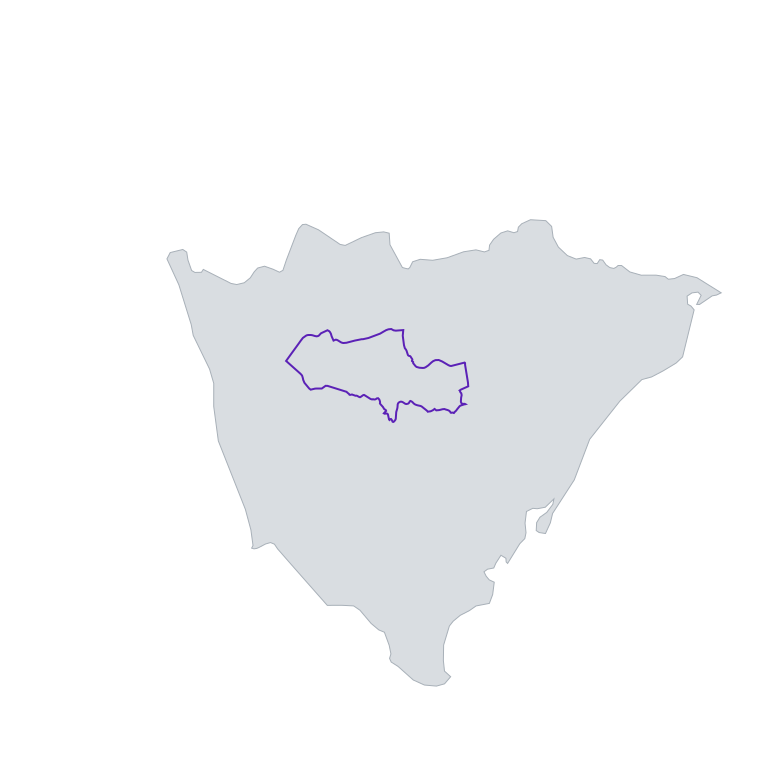 Matagalpa on a map of Nicaragua (Albers equal-area conic projection), rotated 29°
{"feature_id": "NIC-666", "entity_name": "Matagalpa", "entity_type": "Department", "adm_level": 1, "iso_a3": "NIC", "parent_name": "Nicaragua", "parent_adm1": "", "projection": "albers", "projection_center": [-85.323, 12.952], "detail": "fine", "context": "in_parent", "style": "outline", "palette": "violet", "viewbox_px": 768, "rotation_deg": 29, "n_neighbors": 0, "source": "natural_earth", "source_scale": "10m", "svg_char_len": 5315}
<svg xmlns="http://www.w3.org/2000/svg" viewBox="0 0 768 768"><g transform="rotate(29 384 384)"><path d="M634.7,140.8L631.7,145.0L628.3,147.8L621.4,161.5L618.9,162.8L618.4,152.7L614.1,151.4L609.2,155.0L606.5,160.2L610.9,167.0L614.7,167.0L619.3,168.8L632.0,215.5L629.4,223.9L621.9,237.0L614.6,248.1L607.4,255.1L598.6,284.6L590.7,332.6L596.9,375.6L594.2,415.5L596.8,424.8L597.7,436.5L591.7,438.7L588.2,438.4L584.7,431.2L585.0,424.9L588.6,417.4L590.0,407.4L588.3,402.1L584.8,413.6L578.5,418.8L574.4,420.6L570.4,426.4L574.8,437.3L580.3,445.2L582.1,450.9L580.2,457.8L579.1,481.0L577.1,480.4L575.1,477.3L569.3,477.1L568.7,486.5L569.2,491.7L564.3,495.8L562.5,499.8L566.6,502.6L571.0,504.3L576.5,503.9L581.1,515.4L582.5,524.8L572.1,533.5L568.6,540.7L562.8,549.4L559.5,557.9L558.5,564.0L562.7,583.4L570.0,597.1L576.1,605.8L584.2,607.7L582.3,616.9L576.3,622.8L565.3,627.7L553.1,628.7L533.2,624.2L525.1,623.7L521.9,621.3L520.9,616.7L515.2,610.0L504.7,600.9L498.7,601.6L488.9,599.7L472.6,593.5L465.0,592.8L454.2,598.1L441.7,605.1L411.3,594.3L390.0,586.7L370.9,579.8L365.8,577.2L361.6,577.7L358.0,581.3L353.8,587.7L352.4,589.5L350.2,591.2L347.8,591.7L347.7,588.7L338.3,576.1L323.5,560.8L266.7,514.1L245.9,486.1L234.8,466.0L224.2,455.5L193.6,434.0L186.6,425.5L156.5,396.7L133.5,379.8L133.3,372.7L142.8,363.9L147.5,364.3L152.5,370.7L160.7,378.0L164.5,378.1L170.2,374.8L170.4,371.4L201.5,370.2L207.0,368.4L212.7,363.2L215.6,355.9L216.1,348.8L217.3,343.8L222.4,338.9L231.4,337.4L238.4,336.9L240.5,333.6L238.5,322.9L234.8,296.8L234.1,289.5L235.4,284.1L238.3,282.1L252.0,280.9L277.9,283.2L282.9,281.6L293.4,266.8L303.1,255.9L310.0,251.1L315.4,249.6L321.7,259.3L343.6,273.2L347.3,272.3L349.4,271.6L350.1,269.6L349.8,263.2L355.2,257.4L366.6,252.2L378.0,243.0L389.5,229.8L399.4,222.1L407.8,219.8L411.0,216.2L409.0,211.3L409.7,204.3L413.0,195.3L417.9,190.1L424.3,188.7L426.9,185.9L425.5,181.7L426.8,177.0L432.5,169.3L446.3,162.7L454.2,164.9L460.8,173.7L470.1,179.7L482.1,182.8L491.5,181.6L498.1,176.1L504.0,174.4L509.3,176.6L512.1,175.3L512.4,170.7L515.2,169.6L520.4,172.1L525.0,172.7L529.0,171.5L530.5,169.2L531.3,166.9L534.3,165.2L544.7,166.8L556.3,164.1L569.2,156.9L577.7,153.8L581.9,154.5L587.0,150.9L592.8,143.0L606.2,139.3L634.7,140.8Z" fill="#d9dde1" stroke="#a8b0b8" stroke-width="1"/><path d="M398.1,409.7L398.8,406.8L398.9,406.5L398.1,405.9L396.3,405.8L394.2,404.6L390.5,403.3L389.8,402.9L389.4,401.8L388.4,400.7L387.3,399.8L386.3,399.5L385.7,399.3L384.8,400.0L384.6,400.2L384.5,400.6L384.2,401.2L383.9,401.6L383.7,401.8L383.2,402.1L382.7,402.4L381.8,402.6L381.5,402.8L381.3,403.0L381.2,403.2L380.6,403.4L379.4,403.6L372.3,403.2L371.9,403.2L371.6,403.4L371.4,403.6L371.2,403.8L369.8,406.7L369.4,407.2L369.0,407.3L368.3,407.4L366.2,407.4L365.7,407.5L364.7,408.1L362.4,408.5L361.1,408.7L359.7,409.9L359.2,410.1L358.9,410.1L358.3,409.7L356.5,409.4L355.0,409.0L335.6,413.0L333.8,413.9L331.8,418.1L326.5,421.1L325.9,421.5L322.6,424.5L320.7,424.2L313.8,421.5L312.8,420.7L311.5,419.7L309.8,417.8L308.2,416.3L306.2,415.6L287.2,411.3L288.4,401.3L289.8,389.9L290.1,387.1L290.7,383.0L292.5,379.3L292.9,378.8L293.8,378.0L296.3,376.6L297.6,376.1L300.4,375.5L301.9,375.0L302.8,374.3L303.3,373.7L303.6,373.1L304.3,370.2L308.5,364.4L309.1,364.4L310.6,364.4L311.6,364.8L313.2,365.8L315.0,367.6L318.8,370.5L320.2,368.7L320.8,368.4L322.1,368.2L326.2,368.4L327.6,368.2L328.7,367.8L331.2,366.1L337.5,360.1L342.7,355.7L343.9,355.0L348.1,351.3L356.2,341.8L358.2,338.4L359.8,335.8L361.4,334.0L363.7,332.4L366.3,332.4L368.5,331.6L374.7,327.5L377.0,332.7L382.7,340.4L384.9,342.6L386.4,343.2L386.9,343.5L387.6,344.0L390.7,346.9L391.0,347.1L391.3,347.2L391.6,347.3L391.9,347.3L392.6,347.2L393.2,347.0L393.6,347.0L394.1,347.2L394.9,347.7L396.5,348.5L396.9,348.8L397.1,349.2L397.2,350.2L397.4,350.4L398.8,350.6L399.5,351.7L403.0,353.1L404.2,353.3L407.1,352.6L410.3,351.1L411.4,350.3L412.3,349.1L413.7,346.3L415.0,342.3L415.9,340.2L417.4,338.2L420.2,336.5L423.9,336.1L431.3,336.3L433.0,336.1L434.0,335.7L444.1,326.2L444.6,326.3L445.0,326.8L445.6,327.9L456.8,342.1L458.8,345.2L454.0,351.6L453.7,352.2L453.3,353.0L453.6,353.1L453.8,353.3L454.6,354.0L454.9,354.2L455.1,354.3L455.4,354.4L455.7,354.5L456.0,354.6L456.4,355.0L457.3,356.1L457.4,356.4L458.1,358.6L459.7,362.0L460.0,362.4L460.4,362.8L460.6,363.0L460.9,363.1L461.2,363.2L461.5,363.3L461.9,363.3L462.3,363.2L462.6,363.2L463.8,362.4L464.1,362.3L464.4,362.2L464.7,362.2L465.0,362.2L464.9,362.3L464.5,362.6L463.7,363.2L463.7,363.3L461.3,365.9L460.9,366.8L460.2,370.7L460.0,372.3L459.9,372.7L459.5,373.8L459.2,375.5L458.9,375.6L458.4,375.5L457.8,375.8L456.6,376.7L456.1,376.7L455.4,376.2L454.0,375.8L452.4,375.9L450.3,376.4L449.0,376.6L447.4,377.7L445.0,380.0L442.5,381.7L440.3,381.3L439.5,383.2L438.3,384.9L437.6,385.6L436.3,386.5L435.8,387.0L434.4,386.5L427.8,385.4L426.6,385.5L423.6,386.4L422.0,386.7L420.7,386.8L419.4,386.6L417.5,386.0L416.5,385.9L415.4,386.0L415.0,386.6L415.0,388.4L414.6,389.5L413.4,390.6L412.3,391.0L411.0,390.9L409.7,390.8L408.1,390.9L407.1,391.4L406.4,392.2L405.9,393.1L405.7,394.2L405.9,395.3L406.9,397.4L407.4,398.7L408.3,402.6L411.2,408.8L411.3,410.1L411.1,411.2L410.9,412.1L410.4,412.8L409.7,412.8L409.1,412.3L408.1,411.6L407.1,411.2L406.6,411.6L406.3,412.8L405.6,412.6L402.1,408.6L400.8,408.4L398.9,409.7L398.1,409.7Z" fill="none" stroke="#5b21b6" stroke-width="2"/></g></svg>